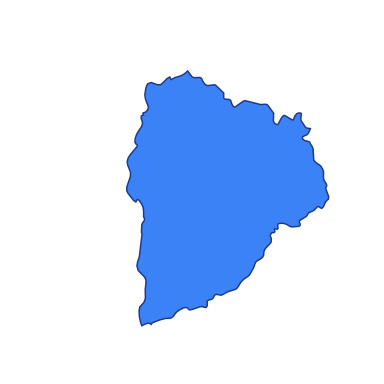 the border of Plzeňský, rotated 43°
{"feature_id": "CZE-10369", "entity_name": "Plzeňský", "entity_type": "Region", "adm_level": 1, "iso_a3": "CZE", "parent_name": "Czechia", "parent_adm1": "", "projection": "mercator", "projection_center": [13.338, 49.523], "detail": "fine", "context": "isolated", "style": "filled", "palette": "blue", "viewbox_px": 384, "rotation_deg": 43, "n_neighbors": 0, "source": "natural_earth", "source_scale": "10m", "svg_char_len": 3920}
<svg xmlns="http://www.w3.org/2000/svg" viewBox="0 0 384 384"><g transform="rotate(43 192 192)"><path d="M100.2,124.0L101.3,120.5L104.7,114.3L105.9,110.8L106.3,106.4L113.2,107.7L114.6,107.4L115.7,106.8L119.7,102.8L120.5,102.5L121.3,102.4L125.6,104.0L128.1,104.3L130.2,104.0L130.9,103.5L135.3,98.3L136.3,97.8L147.7,98.0L150.9,101.4L151.4,101.7L152.0,101.8L152.5,101.7L156.1,99.0L157.3,98.6L157.8,98.7L161.7,100.7L164.1,101.2L165.0,101.0L165.6,100.2L167.6,90.6L168.2,89.4L169.0,88.7L182.5,81.3L185.7,77.9L187.2,76.9L187.9,76.8L198.0,78.7L203.2,84.7L205.1,85.4L207.0,85.3L207.8,85.0L208.4,84.4L208.6,83.5L206.9,76.8L206.8,75.5L206.8,74.3L207.1,73.4L207.7,72.8L216.2,70.9L216.8,70.3L216.7,69.5L215.7,67.1L215.4,65.7L215.2,64.3L215.4,62.9L215.9,61.7L216.9,60.7L218.4,60.0L219.7,61.6L221.3,63.8L222.2,64.8L223.6,65.5L230.2,67.1L232.2,67.1L235.3,64.9L237.0,69.5L237.1,70.5L237.0,71.7L236.6,72.8L236.0,74.0L235.4,75.6L235.4,76.6L236.0,77.3L236.7,77.6L237.5,77.7L238.3,77.7L239.8,77.3L242.8,75.6L243.6,75.4L244.4,75.4L246.3,76.2L248.7,76.7L251.3,78.0L258.4,84.8L259.7,85.7L262.3,86.0L264.3,85.8L266.3,85.3L267.5,85.2L268.9,85.3L271.7,86.1L273.3,86.8L274.6,87.7L278.4,91.9L279.4,92.8L280.2,93.2L285.1,94.7L286.0,95.3L286.6,96.2L286.8,97.1L287.1,98.1L294.8,102.0L296.1,103.4L296.7,104.5L296.4,105.3L296.4,106.3L296.4,107.2L296.6,108.4L298.1,113.2L298.2,114.3L298.2,114.9L298.0,115.3L297.6,115.6L297.0,115.9L296.2,116.1L294.8,116.2L294.4,116.4L294.1,116.7L293.8,117.4L293.7,118.4L293.8,120.4L293.8,121.4L293.6,122.3L293.5,122.9L291.6,127.5L291.6,128.2L291.7,129.0L292.1,130.3L292.2,131.3L292.1,132.4L290.7,137.4L290.4,138.6L290.4,139.9L290.6,140.5L290.9,140.8L292.4,141.4L293.4,142.0L293.8,142.8L293.8,143.5L293.3,144.5L289.7,148.5L288.6,149.6L287.4,150.2L283.2,151.2L281.3,152.0L279.7,153.0L277.9,154.7L277.1,155.8L276.8,156.9L277.3,157.8L279.6,159.8L279.8,160.6L279.5,161.3L278.3,162.0L277.5,162.7L277.5,163.0L279.4,164.2L279.7,164.8L279.8,165.3L279.6,165.9L278.7,166.7L278.3,167.2L278.2,168.1L278.5,169.8L279.1,170.6L279.8,171.1L280.5,171.3L281.2,171.7L282.2,172.4L283.5,173.9L284.1,175.0L284.3,176.3L284.2,181.9L284.4,184.2L284.8,185.5L285.3,186.6L286.7,188.3L287.7,189.8L288.0,191.4L288.0,192.7L287.6,194.9L286.9,196.9L286.7,197.5L286.5,198.3L286.5,200.4L288.6,205.0L290.4,212.3L290.6,214.2L290.5,215.3L289.5,219.5L289.2,223.0L289.5,225.8L290.3,229.7L290.5,231.7L290.3,233.2L289.7,234.5L286.9,239.3L285.6,242.2L284.8,245.0L284.2,246.6L283.7,247.5L283.0,248.1L280.4,249.7L279.8,250.2L279.1,251.1L279.0,252.0L279.0,252.7L279.8,254.8L279.8,256.1L279.6,257.0L279.2,257.8L278.3,259.0L277.7,259.9L277.6,260.8L277.8,261.5L278.4,262.4L280.5,264.5L281.1,266.0L281.0,266.9L280.2,267.6L279.0,268.1L277.5,269.0L276.2,270.3L272.3,277.7L270.9,279.6L270.4,280.0L269.7,280.1L267.9,279.8L266.6,280.4L265.0,282.2L263.2,287.0L262.6,290.3L262.7,292.7L262.9,294.0L263.1,295.1L263.0,297.0L262.6,298.3L261.9,299.5L258.8,302.6L255.4,308.0L252.2,314.7L252.4,316.8L251.4,316.7L249.4,317.6L248.0,320.1L246.5,324.0L243.1,322.3L238.5,319.0L234.3,315.0L232.2,311.6L232.1,305.4L230.4,301.5L224.2,295.1L219.8,289.2L218.0,287.6L215.1,286.5L206.2,286.1L202.1,283.6L199.7,279.9L197.8,275.5L184.1,256.8L182.3,255.8L182.3,255.7L177.6,250.2L176.9,248.1L176.7,245.9L175.9,244.1L173.4,243.0L169.3,238.7L167.1,236.9L164.7,235.6L159.1,234.1L157.1,234.7L157.7,237.6L155.0,238.0L146.4,236.7L143.5,235.6L141.1,233.2L136.3,222.5L133.4,219.4L126.7,216.2L123.8,213.9L122.1,210.6L121.4,207.0L121.0,199.6L120.8,195.8L119.7,194.9L118.2,195.1L116.5,194.6L114.9,192.9L113.8,191.2L112.8,189.2L111.9,186.5L111.3,183.9L110.6,178.9L109.6,176.4L108.1,174.7L104.6,172.8L103.1,171.0L103.2,170.4L103.9,168.7L102.7,168.1L102.3,167.8L103.6,165.0L103.5,162.0L102.3,159.6L100.2,158.6L95.4,156.2L93.1,154.7L91.0,152.8L88.0,148.4L86.5,145.5L85.8,143.1L87.5,139.7L93.5,137.2L95.9,134.8L96.3,131.1L96.4,126.3L97.3,123.1L100.2,124.0Z" fill="#3b82f6" stroke="#1e3a8a" stroke-width="1.5"/></g></svg>